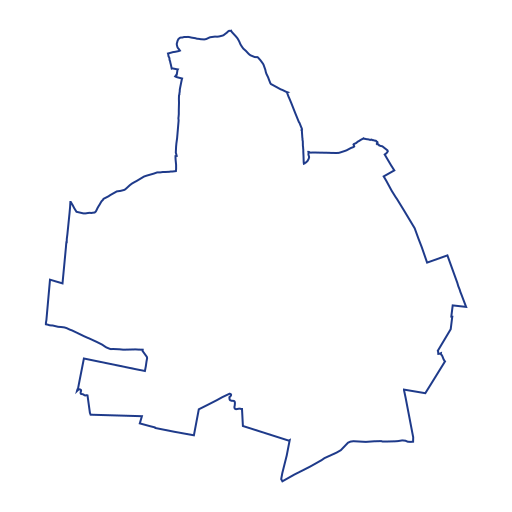 the district of Topolovatu Mare, Timis, Romania
{"feature_id": "2599482B42995693955942", "entity_name": "Topolovatu Mare", "entity_type": "district", "adm_level": 2, "iso_a3": "ROU", "parent_name": "Romania", "parent_adm1": "Timis", "projection": "albers", "projection_center": [21.637, 45.789], "detail": "fine", "context": "isolated", "style": "outline", "palette": "blue", "viewbox_px": 512, "rotation_deg": 0, "n_neighbors": 0, "source": "geoboundaries", "source_scale": "gbopen_adm2", "svg_char_len": 5850}
<svg xmlns="http://www.w3.org/2000/svg" viewBox="0 0 512 512"><path d="M413.1,441.7L413.2,437.2L413.0,436.3L405.7,398.2L404.0,390.1L404.0,389.6L425.3,393.2L431.9,382.6L445.0,361.4L444.5,360.9L443.5,359.1L442.4,356.3L441.9,355.3L441.3,354.6L441.2,354.6L440.8,354.0L440.8,353.9L440.9,353.2L440.2,353.5L439.3,353.8L438.3,353.9L438.1,351.5L437.8,350.8L450.7,329.2L452.2,317.2L452.3,316.7L451.3,316.6L452.7,305.4L466.1,306.9L461.4,294.5L460.4,292.0L459.7,289.7L458.3,286.2L457.3,282.8L447.4,255.4L427.1,262.6L421.8,247.3L418.4,238.5L414.7,228.3L403.9,210.3L396.9,198.9L395.7,197.2L391.7,190.8L386.4,181.0L383.7,176.4L394.3,170.4L391.0,165.2L387.4,159.1L384.7,154.5L386.1,153.5L386.9,152.7L387.7,151.5L387.8,151.2L387.4,150.3L386.4,149.5L384.6,148.1L382.6,146.5L382.0,146.2L380.8,146.0L379.1,145.4L378.8,144.8L378.3,144.4L377.2,144.3L376.8,143.9L376.9,143.6L377.5,142.7L377.5,142.3L377.3,141.9L376.6,141.7L376.2,141.0L375.9,140.8L375.7,140.7L374.6,140.6L373.1,140.1L372.3,140.1L371.8,139.7L371.6,139.6L371.1,139.6L370.6,139.9L370.1,139.9L368.5,139.4L366.1,139.1L365.0,138.8L364.1,138.8L363.6,138.3L363.1,138.6L360.3,140.1L359.7,140.6L357.7,141.7L356.2,143.0L353.8,144.1L353.5,144.5L354.0,145.7L354.2,146.5L353.3,147.1L350.9,148.0L346.6,150.3L345.0,150.9L339.8,152.6L338.6,152.9L336.3,153.0L330.5,152.9L329.2,152.8L317.4,152.6L314.9,152.5L310.3,152.6L309.7,152.5L309.3,152.1L308.8,151.9L308.4,151.9L308.5,152.4L308.6,153.1L308.4,154.1L308.5,154.9L309.0,156.5L309.1,157.4L308.6,159.0L308.1,159.9L307.5,161.0L306.7,161.7L306.4,162.1L306.2,162.3L305.2,162.8L304.8,163.3L303.9,163.7L303.8,163.2L303.7,162.2L303.5,155.8L303.3,151.8L303.3,150.3L303.3,149.9L303.2,148.9L303.1,147.9L303.1,147.2L302.9,145.9L302.8,141.2L302.5,139.9L302.5,139.3L302.5,138.7L302.3,137.4L302.1,134.3L302.0,133.2L301.9,130.9L301.9,130.4L301.5,130.0L302.0,129.2L301.6,128.0L301.3,127.4L299.7,123.4L299.4,122.7L298.9,122.1L295.2,113.0L291.3,103.1L289.3,98.3L288.5,96.6L287.0,92.5L287.5,92.3L286.1,91.8L282.5,90.0L280.6,89.3L272.4,84.8L271.0,84.1L270.4,83.3L268.9,79.5L268.1,77.3L266.4,73.8L265.8,72.0L265.3,69.7L264.2,66.6L263.6,64.9L263.1,63.9L262.4,62.9L260.4,60.2L257.9,57.4L257.4,57.1L255.5,57.1L254.6,57.0L250.5,55.3L249.5,54.6L248.5,53.7L245.9,50.9L243.3,48.6L242.0,46.8L240.6,44.6L240.4,44.2L239.2,41.4L238.0,39.2L237.3,38.1L235.8,36.3L232.2,32.4L231.7,31.8L231.1,30.7L230.7,30.9L229.4,30.8L228.9,30.9L228.0,31.5L226.8,32.7L225.2,33.9L223.8,35.0L222.9,35.5L219.4,36.4L217.5,36.7L214.9,36.6L210.5,37.2L209.7,37.4L206.3,39.0L204.5,39.4L203.7,39.4L200.6,39.2L199.1,38.9L196.9,38.7L195.3,38.2L191.5,37.6L189.4,37.1L188.1,36.9L186.7,37.0L184.3,37.0L183.7,37.1L182.4,37.5L180.9,37.5L180.3,37.7L179.8,37.9L178.4,39.1L177.6,40.7L176.8,43.6L176.8,44.1L176.8,44.7L177.3,46.7L177.6,47.5L178.2,48.4L178.8,49.0L179.9,50.6L178.9,51.0L178.1,51.2L174.8,51.9L173.7,52.0L172.6,52.2L171.7,52.5L168.0,53.5L168.2,54.1L168.5,56.2L168.6,56.5L169.2,57.5L169.3,57.8L169.5,58.8L169.5,59.8L170.0,61.0L170.1,61.4L170.4,62.9L170.8,64.4L171.7,68.5L171.9,68.4L173.1,68.5L176.5,69.2L177.8,69.4L177.5,69.9L177.3,71.2L177.1,72.3L176.9,73.8L176.7,74.2L176.5,74.5L176.7,74.8L176.4,75.4L175.8,75.6L175.2,76.4L176.4,77.0L178.1,77.5L182.1,78.5L181.8,79.5L181.3,81.9L180.9,83.9L180.1,87.9L179.8,89.6L179.7,91.7L179.4,93.5L179.4,94.5L179.1,95.0L179.0,95.7L178.9,98.8L179.0,102.8L178.8,109.9L178.8,114.2L178.6,116.5L178.4,118.1L178.4,118.6L178.5,119.0L178.6,120.7L177.1,138.2L176.4,143.3L176.1,146.5L175.8,152.6L176.0,153.3L176.5,155.2L176.7,155.9L175.5,156.1L175.5,156.7L175.5,157.7L175.6,159.7L176.1,164.9L176.1,168.9L176.0,170.1L175.9,171.1L172.6,171.5L170.9,171.5L169.2,171.8L165.0,172.0L162.8,172.0L160.3,172.4L157.2,172.4L153.8,173.6L146.8,175.6L144.7,176.3L143.9,176.6L136.6,181.0L134.5,182.1L131.9,183.6L129.8,185.2L126.1,188.6L125.0,189.5L124.3,189.9L120.5,190.9L116.8,191.4L110.4,195.0L108.5,196.3L103.6,198.8L103.4,199.0L103.0,199.8L101.6,201.2L100.9,202.3L99.9,204.1L99.3,205.1L99.0,205.5L97.6,207.9L96.3,210.6L95.8,211.5L94.7,212.5L94.3,212.6L94.0,212.6L92.3,212.8L91.3,213.0L89.8,212.8L87.9,213.0L85.6,213.4L83.4,213.4L76.5,211.8L74.3,208.3L72.7,205.2L71.9,203.9L71.5,203.3L71.0,202.2L70.7,202.0L70.4,202.0L70.1,206.9L69.5,213.5L67.4,234.1L66.8,238.9L66.7,242.2L66.4,242.2L66.2,243.9L65.9,247.6L64.1,266.6L62.5,283.4L50.0,279.7L46.4,320.0L45.9,322.9L45.9,324.3L47.9,324.7L49.3,325.2L50.6,325.4L52.7,325.5L58.1,326.8L61.0,327.0L64.3,327.4L66.6,328.1L68.9,329.2L70.0,329.7L72.0,330.4L84.0,336.2L87.6,337.8L88.9,338.3L96.9,342.0L102.1,344.6L105.2,346.7L106.3,347.4L109.7,348.8L110.8,349.1L113.2,349.0L119.6,349.3L123.4,349.7L135.6,349.4L138.6,349.6L142.7,349.7L142.6,351.1L143.1,351.7L146.8,356.8L147.0,357.4L147.1,358.2L146.5,361.5L145.8,366.4L144.9,371.0L136.3,369.3L83.9,358.5L79.3,381.9L78.1,388.2L77.9,388.9L77.6,389.1L77.2,390.2L77.0,391.0L78.2,389.8L79.6,389.3L80.0,389.4L80.4,389.6L81.0,390.1L81.1,390.8L80.6,392.4L80.6,393.0L80.7,393.5L81.0,393.9L81.9,394.1L82.7,394.2L83.6,394.6L84.2,395.1L85.2,395.5L86.4,395.2L87.2,395.3L87.5,395.4L89.9,412.8L90.6,414.7L141.9,416.2L139.8,423.4L150.1,426.2L154.9,427.4L155.3,428.0L174.5,431.8L193.9,435.3L198.8,409.3L207.4,405.0L216.8,400.2L222.4,397.1L229.6,393.7L230.5,394.0L230.9,394.3L231.1,394.8L231.0,395.4L230.3,396.4L229.4,397.2L229.5,398.9L229.7,399.6L230.1,400.2L231.7,400.8L233.0,400.8L234.0,401.0L234.4,401.3L234.8,402.0L234.9,402.9L234.9,403.7L234.7,405.6L234.4,407.0L234.5,407.7L234.7,408.4L235.2,408.9L236.1,409.2L238.8,408.7L240.1,408.7L241.3,409.0L242.0,409.0L242.9,426.0L288.7,440.6L289.7,440.1L286.7,455.6L282.3,473.1L281.2,479.1L282.4,481.3L294.1,474.7L310.1,466.6L321.8,460.0L324.5,458.1L336.6,452.6L340.8,450.2L348.0,442.7L350.5,441.6L353.5,441.2L365.8,441.9L373.9,441.3L381.2,441.1L382.4,441.5L388.1,441.5L395.1,441.3L398.0,441.1L402.2,440.4L405.4,440.7L407.7,441.7L410.5,441.9L413.1,441.7Z" fill="none" stroke="#1e3a8a" stroke-width="2"/></svg>